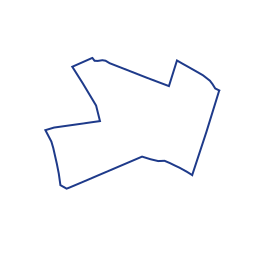 outline of Draganesti-Vlasca, Teleorman, Romania, rotated 211°
{"feature_id": "2599482B23402185147760", "entity_name": "Draganesti-Vlasca", "entity_type": "district", "adm_level": 2, "iso_a3": "ROU", "parent_name": "Romania", "parent_adm1": "Teleorman", "projection": "natural_earth1", "projection_center": [25.499, 44.111], "detail": "fine", "context": "isolated", "style": "outline", "palette": "blue", "viewbox_px": 256, "rotation_deg": 211, "n_neighbors": 0, "source": "geoboundaries", "source_scale": "gbopen_adm2", "svg_char_len": 712}
<svg xmlns="http://www.w3.org/2000/svg" viewBox="0 0 256 256"><g transform="rotate(211 128 128)"><path d="M69.1,207.2L73.6,206.8L77.9,209.0L78.3,209.2L80.6,210.1L82.0,210.7L88.4,211.5L91.0,211.8L108.7,211.4L114.5,211.2L120.8,211.1L114.5,185.0L137.0,180.9L177.1,174.1L181.9,174.1L184.9,172.9L188.5,169.9L191.3,168.4L194.6,169.7L194.9,169.4L207.3,151.8L189.8,143.0L166.9,130.8L155.6,119.5L173.3,105.1L191.6,90.3L197.7,83.6L186.7,76.9L181.7,72.3L170.4,60.5L163.8,53.2L156.5,44.2L149.4,44.4L148.1,46.0L141.8,54.6L101.2,110.7L92.7,112.8L85.1,115.2L79.8,118.7L74.1,119.5L68.2,120.0L63.4,120.5L54.5,120.8L48.7,120.7L48.8,121.0L58.7,164.7L69.1,207.0L69.1,207.2Z" fill="none" stroke="#1e3a8a" stroke-width="2"/></g></svg>